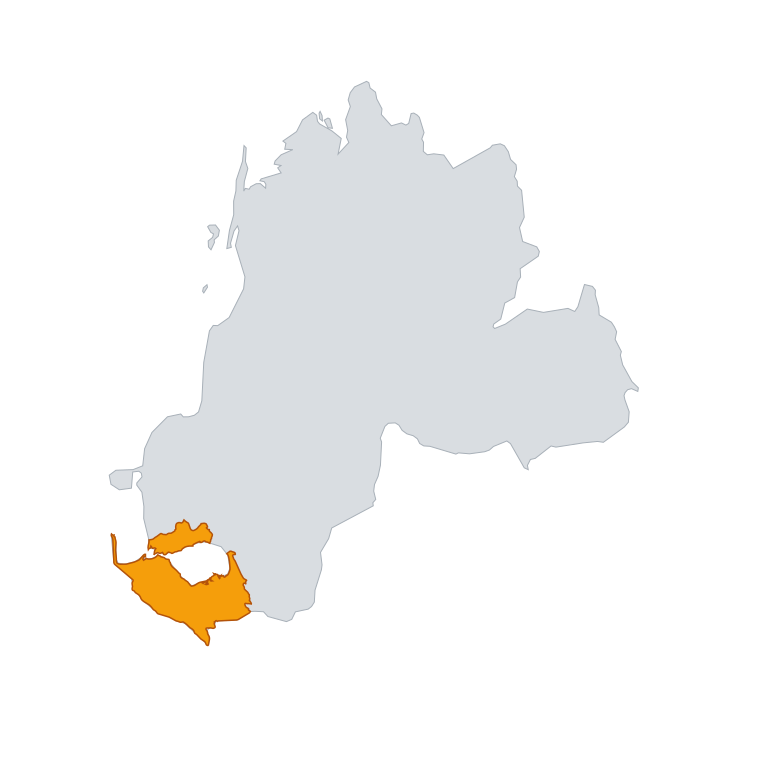 Zulia on a map of Venezuela (Mercator projection), rotated 282°
{"feature_id": "VEN-31", "entity_name": "Zulia", "entity_type": "State", "adm_level": 1, "iso_a3": "VEN", "parent_name": "Venezuela", "parent_adm1": "", "projection": "mercator", "projection_center": [-71.765, 10.117], "detail": "fine", "context": "in_parent", "style": "filled", "palette": "amber", "viewbox_px": 768, "rotation_deg": 282, "n_neighbors": 0, "source": "natural_earth", "source_scale": "10m", "svg_char_len": 9802}
<svg xmlns="http://www.w3.org/2000/svg" viewBox="0 0 768 768"><g transform="rotate(282 384 384)"><path d="M668.4,293.4L676.4,304.0L675.6,306.5L670.6,308.9L667.7,315.0L661.4,317.6L652.7,324.8L647.0,325.4L638.1,337.5L643.0,346.8L641.8,351.6L644.0,354.0L654.2,354.3L655.2,356.8L653.9,360.7L652.1,363.2L638.2,370.9L631.5,370.0L628.7,372.4L619.7,374.1L617.2,378.7L619.5,384.8L620.4,394.9L609.1,406.9L637.1,438.8L640.1,440.4L643.1,447.8L642.1,452.2L637.1,457.3L630.0,461.1L625.9,467.6L621.6,469.0L613.9,468.4L610.1,472.1L605.3,473.4L602.1,478.3L576.3,486.5L565.2,484.0L552.2,490.0L549.9,504.9L545.9,508.4L541.1,508.3L525.1,493.2L517.0,495.4L511.6,493.3L495.7,493.8L488.3,485.3L471.8,484.7L465.5,478.9L462.6,478.8L461.3,480.7L467.8,490.3L487.1,508.6L487.2,525.1L496.2,548.2L494.6,555.5L499.9,557.6L523.0,559.4L522.8,567.6L519.7,571.3L515.2,572.0L503.3,578.2L496.3,580.1L491.7,593.6L487.8,597.5L483.5,600.7L475.7,600.8L465.1,609.4L461.3,609.2L452.3,613.5L437.9,626.0L433.1,633.6L429.5,633.8L430.9,627.1L429.1,623.5L425.7,621.6L422.5,621.2L418.5,623.0L407.8,629.6L397.4,631.0L391.9,628.0L372.6,610.7L372.2,604.8L367.8,591.0L358.0,565.3L358.1,560.3L342.7,547.4L340.6,542.9L334.2,541.2L330.2,542.9L331.2,538.6L352.0,520.1L353.8,516.0L345.7,504.1L341.3,500.8L338.7,496.6L333.5,482.2L332.1,471.1L330.4,468.9L332.6,441.8L331.7,435.8L333.2,431.3L337.3,428.1L339.5,423.3L340.0,416.8L342.4,411.4L346.8,407.2L348.3,403.1L346.5,396.4L342.7,393.7L330.2,391.6L326.8,393.7L303.8,397.4L292.4,397.4L283.7,395.6L277.1,396.2L269.4,399.9L265.6,397.8L262.6,398.8L232.3,362.8L221.2,362.0L206.1,356.9L194.2,361.0L189.2,361.4L168.0,359.4L156.2,361.2L151.3,359.4L148.0,356.6L142.7,344.7L134.6,342.7L131.3,338.0L132.4,318.8L136.2,313.5L134.8,304.8L133.6,300.6L122.9,289.9L117.3,268.9L110.2,267.8L108.1,263.2L106.0,262.3L100.2,265.2L94.0,266.4L92.7,265.2L108.2,239.2L114.1,208.4L121.9,193.3L132.4,181.1L140.9,177.5L153.4,156.8L180.9,148.2L173.7,154.5L157.3,158.5L153.5,161.0L153.9,167.9L158.7,177.7L167.1,185.5L163.2,186.3L165.0,193.3L168.9,198.1L169.1,201.1L166.1,210.5L153.5,225.2L146.7,238.0L151.9,245.7L152.6,249.5L161.9,259.0L161.0,262.8L165.1,270.5L171.6,271.6L184.3,266.7L191.0,258.5L192.5,242.8L191.2,237.3L183.4,223.7L178.1,218.4L173.4,206.6L171.3,195.8L174.9,193.3L174.5,187.7L183.3,186.1L202.5,176.9L214.3,174.6L227.8,169.7L233.7,163.2L235.8,162.8L242.8,166.6L246.3,165.2L247.7,162.3L245.7,156.5L229.6,158.6L225.5,147.1L229.1,137.8L237.7,134.2L243.9,139.7L248.1,156.4L253.8,165.0L271.0,163.3L288.4,167.1L306.9,179.0L312.4,191.4L310.1,194.5L311.3,199.7L314.0,205.0L318.1,208.4L329.7,209.3L367.7,203.2L399.7,202.2L405.8,204.8L406.5,209.2L416.8,218.7L447.9,226.9L459.9,225.7L488.5,209.9L503.8,210.3L508.2,207.9L502.5,205.5L489.8,204.6L485.9,206.2L483.8,202.1L502.1,200.9L518.3,201.8L531.6,198.9L542.0,199.0L552.6,197.1L572.4,199.3L588.1,197.5L586.3,200.1L572.8,202.2L566.5,206.0L553.0,205.3L543.5,206.7L546.5,207.7L546.5,211.6L549.2,212.5L553.3,217.3L554.3,221.3L550.9,227.5L554.8,226.9L557.0,224.8L557.0,220.4L559.1,221.2L569.1,239.5L573.3,235.1L576.3,237.8L576.2,230.9L579.5,231.1L586.8,235.7L594.3,246.1L593.0,238.1L599.0,238.0L600.6,234.6L612.7,246.0L625.4,249.4L634.9,257.9L632.9,262.2L627.2,264.3L625.0,266.9L620.7,280.5L615.3,291.1L599.3,291.3L612.9,299.4L617.6,296.0L624.4,295.8L634.6,291.5L648.4,293.4L654.4,289.9L661.9,290.4L668.4,293.4ZM503.1,180.3L504.5,186.1L500.2,191.0L494.3,191.2L489.7,187.9L487.2,188.7L479.3,186.9L481.6,183.8L487.4,182.3L491.8,185.9L495.4,186.0L496.3,183.1L501.2,178.8L503.1,180.3ZM632.0,275.9L623.4,280.4L623.0,276.0L629.6,270.6L632.5,273.9L632.0,275.9ZM444.3,190.2L442.0,191.2L435.6,188.8L437.0,187.3L440.5,187.3L444.3,190.2ZM633.7,267.6L628.5,269.1L630.0,265.9L635.4,264.2L637.4,264.8L633.7,267.6Z" fill="#d9dde1" stroke="#a8b0b8" stroke-width="1"/><path d="M179.3,148.7L180.6,148.7L180.0,149.8L179.9,150.6L180.2,151.4L179.1,151.5L178.7,151.6L178.5,152.0L178.4,152.7L177.1,153.1L174.6,154.4L172.9,154.9L165.7,156.0L157.6,158.5L155.9,158.8L154.8,159.2L153.9,159.6L153.3,160.1L152.8,161.7L152.9,163.6L154.2,169.4L157.8,176.6L160.4,180.3L161.5,181.4L166.6,184.3L167.2,184.8L167.7,185.4L167.8,186.1L165.4,186.6L165.6,185.9L165.3,185.4L164.7,185.0L162.6,184.5L162.1,185.1L161.6,185.4L162.0,185.9L163.5,187.4L163.9,188.0L163.7,189.7L164.1,191.4L164.8,193.3L165.7,194.8L166.7,196.2L168.1,197.4L169.9,198.3L169.4,199.3L169.1,201.0L168.4,202.0L168.6,202.3L168.7,202.8L168.6,203.3L168.4,203.8L168.6,204.5L168.3,205.4L167.8,206.3L167.5,207.2L167.6,209.6L167.7,209.9L167.6,210.1L167.2,210.4L166.9,210.6L165.8,211.0L164.7,212.2L164.0,212.4L163.3,212.8L162.2,213.7L161.1,215.0L158.6,219.7L156.3,222.9L156.0,223.9L155.4,224.3L153.6,224.8L152.9,225.3L152.4,226.1L152.0,227.0L151.6,228.9L150.6,230.6L149.7,233.0L146.9,236.3L146.2,237.6L146.4,238.2L147.2,239.9L147.7,240.7L150.7,243.7L151.7,245.1L153.9,250.0L153.1,249.6L152.8,248.8L152.5,247.8L152.1,247.0L151.8,247.3L152.1,247.9L151.6,248.1L151.3,248.5L151.9,248.8L152.6,249.4L153.1,250.2L153.3,251.1L153.0,251.9L152.3,252.0L151.5,251.5L151.0,250.9L150.8,251.7L151.1,252.6L151.8,253.6L152.5,253.1L153.5,252.3L154.4,251.8L154.8,252.7L155.1,252.7L155.1,251.8L155.6,252.1L156.7,253.5L157.2,253.8L158.0,254.0L158.3,254.5L157.0,254.2L155.9,254.7L155.3,255.7L155.7,256.9L156.3,255.1L158.8,255.1L159.9,255.8L160.9,257.0L161.9,257.8L163.1,256.9L162.9,257.6L162.8,257.8L163.2,258.2L163.3,258.5L163.1,258.7L162.5,258.7L162.5,259.0L163.0,259.5L163.1,260.3L162.8,261.0L162.5,261.7L162.0,261.3L161.2,261.9L159.5,263.5L159.9,263.8L160.9,263.2L161.3,263.8L161.9,263.5L162.2,262.9L162.6,263.3L162.4,264.2L163.1,264.7L162.3,264.8L162.3,265.4L163.1,266.5L162.0,267.6L161.9,268.0L162.0,268.4L162.6,268.8L162.8,269.0L163.1,269.0L163.6,269.3L164.0,269.6L163.8,269.9L164.2,270.3L165.1,271.0L166.9,271.5L168.8,271.8L170.7,271.9L172.5,271.5L178.7,269.6L182.9,267.8L184.3,266.9L185.2,265.9L185.3,265.5L185.8,265.8L188.4,268.1L188.6,268.8L188.6,269.8L188.4,270.4L188.3,272.2L188.0,273.2L187.3,273.7L186.7,274.0L186.3,273.9L186.1,273.4L186.1,272.9L185.8,272.3L185.0,271.6L184.3,271.7L182.7,272.8L182.0,273.1L181.1,273.9L179.9,275.2L168.4,283.6L165.7,286.0L164.8,286.9L164.3,287.8L163.6,290.2L163.4,290.4L163.2,290.4L162.5,290.0L162.0,289.8L161.2,289.9L160.1,290.3L159.9,290.3L159.8,290.1L160.2,289.3L160.2,289.1L160.1,288.6L159.9,288.3L159.5,288.0L159.2,288.0L158.1,288.0L157.8,288.2L156.3,289.5L155.5,289.8L154.9,289.9L154.3,290.2L151.9,294.1L150.6,295.1L150.1,295.8L149.8,296.1L149.5,296.2L148.2,296.3L146.0,297.4L145.8,297.4L144.5,297.3L144.2,297.3L143.9,297.6L143.9,298.0L141.9,299.8L141.5,299.9L141.2,299.9L141.2,298.6L141.0,297.0L140.7,295.8L140.7,294.3L140.5,293.9L140.3,293.7L139.9,293.6L139.5,293.7L138.1,294.5L136.9,295.7L136.7,296.1L136.6,296.8L136.4,297.5L135.7,298.5L135.5,298.4L135.2,298.2L134.9,298.3L134.4,299.0L134.2,300.0L133.7,300.6L133.3,300.4L132.4,300.1L131.9,299.7L123.3,290.4L122.5,288.9L117.8,271.1L117.1,270.2L117.7,269.2L117.5,268.7L116.8,268.3L116.0,267.5L115.6,267.9L114.4,267.7L113.9,267.9L112.1,269.0L111.2,269.4L110.4,269.1L109.6,268.1L109.4,267.1L109.5,265.3L109.3,264.2L108.7,263.4L108.9,262.7L108.3,261.1L108.1,260.8L107.1,260.8L105.2,262.6L104.2,263.1L103.1,263.4L102.4,263.9L100.9,265.3L99.3,266.1L97.5,266.4L92.2,266.5L91.6,266.1L91.6,265.2L92.1,264.3L93.7,263.2L94.5,262.5L95.0,261.6L96.5,257.9L100.0,252.8L100.8,250.8L101.4,250.3L103.2,249.2L103.8,248.4L104.3,247.6L105.4,244.7L107.8,241.0L109.1,238.2L109.5,237.1L109.3,236.2L108.9,235.4L108.6,234.3L108.7,233.4L109.0,231.7L109.0,230.0L111.3,222.3L112.1,212.7L112.2,211.0L112.5,210.1L114.5,207.7L115.3,205.4L117.9,202.3L119.1,200.4L121.2,194.4L122.2,192.4L123.3,191.1L125.2,189.8L126.0,189.0L126.8,188.0L128.2,184.3L129.7,182.5L129.8,182.0L129.9,181.2L130.1,180.8L130.8,180.3L131.8,180.1L133.6,180.1L136.0,179.2L136.9,179.0L137.7,179.1L139.3,179.5L140.1,179.3L140.5,178.7L151.3,158.6L152.0,157.6L152.9,157.0L175.4,151.1L177.1,150.4L178.5,149.1L179.3,148.7ZM192.0,246.7L192.6,244.3L192.6,242.2L193.1,241.7L193.2,241.3L192.9,240.4L192.4,239.7L191.6,239.0L191.0,238.2L190.8,237.1L191.3,237.0L191.6,236.9L191.7,236.5L191.6,236.2L190.8,235.3L190.1,234.1L187.7,231.2L186.8,230.6L185.8,230.8L184.9,226.9L184.1,224.9L183.2,223.3L181.5,221.6L180.6,220.9L179.0,220.3L178.6,219.6L178.2,217.9L177.8,217.3L176.9,216.2L176.5,214.9L176.1,214.2L174.5,212.4L174.3,211.9L174.2,211.5L174.5,210.8L174.8,208.5L174.6,208.0L174.0,207.4L172.0,206.1L171.4,205.2L171.4,204.1L171.6,203.8L173.2,202.4L171.8,200.3L171.7,199.9L172.0,198.1L172.0,197.5L171.8,197.0L170.8,196.0L170.0,194.9L169.6,194.8L169.6,194.5L172.7,194.3L174.1,194.5L175.5,195.1L176.0,194.1L175.8,193.2L175.4,192.4L175.2,191.7L175.5,191.1L176.5,190.4L177.0,189.7L175.8,189.7L175.4,189.6L174.9,189.4L173.7,188.1L173.1,187.9L175.0,187.2L176.7,187.0L180.2,187.0L182.1,186.7L182.6,186.5L183.7,189.3L184.1,190.1L184.6,190.6L185.4,191.3L186.1,191.8L187.8,193.6L190.9,196.3L191.3,196.8L191.4,197.4L191.0,199.1L191.0,199.6L191.1,200.4L191.3,201.3L191.2,202.0L191.4,202.3L191.6,202.7L192.3,203.3L193.0,204.1L193.3,204.8L193.8,206.8L194.1,207.2L196.6,209.8L196.8,209.9L197.9,209.9L198.9,210.6L201.0,209.9L203.2,209.8L204.3,210.1L204.9,210.6L205.7,211.8L206.0,213.1L205.9,214.2L206.0,214.9L206.4,215.4L207.1,215.9L207.9,216.3L208.6,216.3L209.5,216.6L208.7,217.8L208.4,218.5L207.9,219.5L207.5,220.9L207.2,221.5L206.6,222.0L202.3,224.6L201.3,225.6L200.9,226.9L201.0,228.1L201.7,229.1L203.1,230.7L204.5,231.7L205.7,232.2L208.5,234.0L209.4,234.1L210.4,237.0L210.4,238.2L210.2,239.1L209.6,239.7L208.8,240.2L208.4,240.7L207.9,241.0L207.4,241.1L206.8,240.4L206.5,240.2L206.2,240.3L205.0,242.4L205.0,242.7L205.3,243.2L205.2,243.4L204.1,243.7L203.6,244.0L202.6,245.8L201.5,247.1L201.1,247.4L200.8,247.5L199.5,247.5L198.1,247.2L196.7,247.4L196.2,247.0L196.0,246.9L195.7,246.8L194.5,247.1L192.7,246.7L192.0,246.7Z" fill="#f59e0b" stroke="#b45309" stroke-width="1.5"/></g></svg>